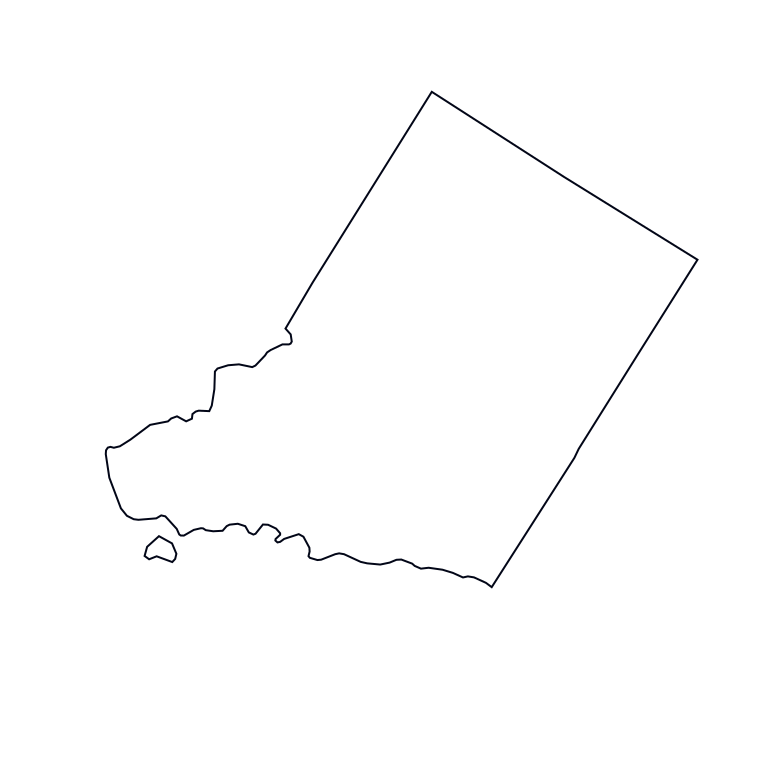 Bayfield, Wisconsin, United States of America (Equal Earth projection), rotated 212°
{"feature_id": "52423323B38033489940557", "entity_name": "Bayfield", "entity_type": "district", "adm_level": 2, "iso_a3": "USA", "parent_name": "United States of America", "parent_adm1": "Wisconsin", "projection": "equal_earth", "projection_center": [-91.063, 46.578], "detail": "fine", "context": "isolated", "style": "outline", "palette": "ink", "viewbox_px": 768, "rotation_deg": 212, "n_neighbors": 0, "source": "geoboundaries", "source_scale": "gbopen_adm2", "svg_char_len": 1547}
<svg xmlns="http://www.w3.org/2000/svg" viewBox="0 0 768 768"><g transform="rotate(212 384 384)"><path d="M498.3,657.1L498.3,432.3L496.9,378.8L489.4,376.6L484.7,371.1L484.6,368.8L485.6,367.2L491.1,363.8L498.1,352.8L499.9,348.8L500.0,345.1L502.8,331.5L504.7,328.5L517.4,323.8L526.1,317.3L533.4,308.9L534.0,305.0L525.1,289.7L518.6,274.4L517.8,268.4L527.0,263.2L529.1,260.8L530.5,257.0L528.5,252.8L532.0,247.5L542.4,246.9L546.2,242.0L547.4,237.8L560.7,225.4L569.6,202.4L575.0,191.2L579.3,186.8L582.7,185.7L584.5,183.7L584.6,180.5L582.8,177.1L567.3,159.0L541.2,139.1L532.2,136.0L524.6,136.7L520.3,138.7L505.9,149.4L503.3,154.5L499.3,155.9L483.0,151.3L477.9,147.9L476.1,147.8L473.4,149.4L468.0,159.5L462.8,164.7L460.9,165.7L457.7,165.6L450.8,168.6L443.1,174.0L442.1,180.1L440.4,182.9L433.9,188.0L426.3,189.9L420.0,186.5L415.0,187.1L413.6,188.9L412.2,200.7L407.7,203.2L398.9,204.2L393.0,202.4L392.2,201.1L393.8,195.1L393.2,193.7L390.4,193.2L388.4,195.1L386.6,199.7L376.7,211.5L371.4,211.8L360.5,205.6L358.3,202.5L356.8,198.0L354.8,197.3L347.2,199.4L344.2,201.7L335.2,213.8L332.3,216.6L327.7,218.5L309.5,220.8L303.2,223.0L291.5,228.9L284.6,235.5L280.3,241.5L276.3,244.3L264.9,246.6L261.6,246.0L254.8,247.0L248.8,251.8L236.0,257.5L225.6,260.3L214.5,261.8L210.9,265.3L205.2,267.7L192.2,269.4L185.0,268.8L183.4,422.3L184.5,432.2L184.4,542.9L184.0,655.5L341.0,655.0L498.3,657.1ZM469.2,120.8L468.4,125.0L470.1,130.0L479.3,136.5L494.2,135.7L498.6,120.4L495.9,111.3L490.3,110.9L485.5,117.4L469.2,120.8Z" fill="none" stroke="#020617" stroke-width="2"/></g></svg>